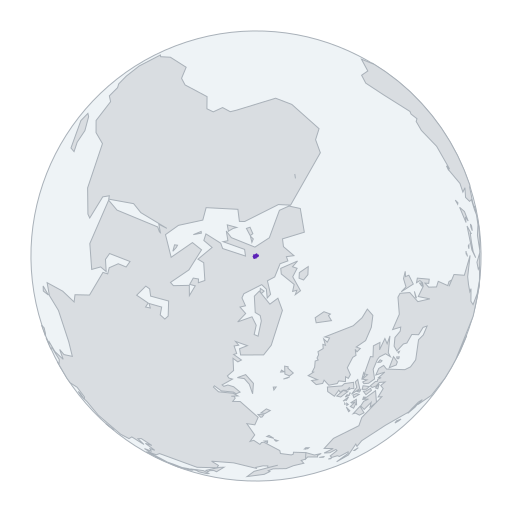 Graubünden highlighted on a globe, orthographic projection, rotated 162°
{"feature_id": "CHE-170", "entity_name": "Graubünden", "entity_type": "Canton", "adm_level": 1, "iso_a3": "CHE", "parent_name": "Switzerland", "parent_adm1": "", "projection": "orthographic", "projection_center": [9.485, 46.618], "detail": "fine", "context": "on_globe", "style": "filled", "palette": "violet", "viewbox_px": 512, "rotation_deg": 162, "n_neighbors": 0, "source": "natural_earth", "source_scale": "10m", "svg_char_len": 11451}
<svg xmlns="http://www.w3.org/2000/svg" viewBox="0 0 512 512"><g transform="rotate(162 256 256)"><circle cx="256" cy="256" r="225" fill="#eef3f6" stroke="#a8b0b8"/><path d="M67.3,132.9L68.5,131.1L97.8,96.1L80.2,115.1L91.6,102.0L91.3,102.3L104.8,89.4L114.2,81.3L132.2,69.3L148.3,64.6L142.2,68.0L146.7,66.9L154.7,62.8L158.8,60.5L185.3,55.0L212.5,47.7L218.8,43.7L219.2,46.3L229.6,38.2L242.9,35.4L229.3,39.8L228.9,41.3L238.6,39.6L240.3,40.9L246.0,41.0L247.2,42.9L239.1,45.9L239.8,47.3L246.6,46.1L252.1,47.6L242.0,49.0L250.6,51.9L238.7,58.6L210.6,62.8L205.3,69.7L179.8,83.3L183.4,84.2L176.0,90.6L177.4,94.3L172.2,96.3L177.8,97.6L182.2,95.2L186.2,95.1L187.4,97.2L181.1,99.8L179.5,99.2L178.3,101.1L174.6,101.6L177.1,102.5L169.3,105.8L178.8,105.8L174.0,111.1L168.4,112.5L166.8,108.1L149.6,101.9L143.3,102.8L136.2,107.9L127.3,126.1L121.3,129.2L114.9,136.5L119.1,136.5L125.7,130.9L132.1,133.2L139.4,126.6L143.0,126.8L151.4,122.2L152.5,127.6L149.0,135.6L142.1,139.9L140.3,143.7L148.8,143.8L137.7,156.3L133.7,173.0L130.5,176.0L121.0,173.7L116.2,162.6L103.9,161.5L114.2,167.3L106.3,175.5L105.9,179.2L107.7,182.0L111.6,181.0L109.4,185.1L98.4,180.4L100.2,176.6L103.7,178.0L101.4,173.0L93.9,170.8L90.5,175.6L82.8,168.6L80.3,172.1L77.2,172.8L81.8,167.5L73.4,177.2L63.8,173.3L52.2,190.4L61.1,170.9L62.7,163.2L63.7,155.9L61.6,158.5L65.6,146.5L64.6,142.7L57.3,151.8L50.4,164.9L46.7,176.7L48.7,174.6L47.8,181.8L41.7,190.6L39.0,207.3L35.3,217.0L33.6,227.0L33.9,232.8L33.7,243.1L36.0,242.0L38.6,247.0L36.2,256.4L39.5,252.8L39.6,262.0L46.3,278.6L45.1,279.4L50.3,304.5L59.9,324.3L62.1,334.5L60.5,336.8L64.7,343.1L64.9,345.9L85.0,370.0L98.2,386.5L99.7,395.3L92.5,397.4L94.9,410.6L84.3,401.7L85.9,403.7L75.9,391.3L66.7,378.2L58.5,364.5L51.4,350.2L45.2,335.4L40.1,320.3L36.1,304.8L33.2,289.1L31.4,273.2L30.7,257.3L31.6,255.3L33.3,240.2L33.5,234.7L32.5,235.5L35.0,214.8L38.4,201.1L52.7,158.8L67.3,132.9ZM48.8,195.0L46.0,219.3L44.4,210.9L45.2,211.2L46.6,203.8L48.1,193.1L47.6,186.5L48.8,195.0ZM54.8,193.6L55.0,190.2L55.2,192.9L54.8,193.6ZM160.4,59.4L154.7,62.7L146.8,66.1L151.4,63.1L160.4,59.4ZM175.5,54.2L173.3,55.8L168.4,56.1L171.2,55.1L175.5,54.2ZM222.9,40.8L217.9,42.1L222.2,40.5L222.9,40.8ZM246.6,40.8L247.4,40.1L250.0,40.5L246.6,40.8ZM150.3,119.6L150.8,120.8L149.0,121.0L150.3,119.6ZM153.4,116.5L150.9,115.8L152.0,114.2L153.5,114.7L153.4,116.5ZM254.2,43.8L258.1,44.9L252.8,44.2L254.2,43.8ZM156.3,117.8L154.3,111.6L156.3,109.0L163.8,108.6L156.3,117.8ZM259.5,45.8L269.0,48.9L271.7,47.5L269.3,53.6L262.0,48.7L255.0,48.0L259.3,47.2L259.5,45.8ZM183.1,93.6L178.4,96.2L181.2,92.1L183.1,93.6ZM183.9,91.0L186.7,79.5L194.2,77.0L191.7,81.2L200.5,76.7L202.8,81.0L198.5,84.5L193.2,85.2L198.1,86.4L183.9,91.0ZM266.5,56.7L267.6,58.1L264.9,57.3L266.5,56.7ZM187.9,94.7L187.8,92.5L194.3,90.1L195.7,94.2L193.2,93.6L187.9,94.7ZM201.7,73.5L206.8,72.7L210.0,75.9L212.4,76.0L203.5,80.9L201.7,73.5ZM192.3,95.2L196.2,96.3L194.3,99.5L188.5,96.8L192.3,95.2ZM195.4,87.8L198.6,86.9L197.3,88.7L195.4,87.8ZM189.7,111.8L189.4,108.8L192.7,107.2L189.7,111.8ZM197.8,96.6L198.5,95.5L199.8,94.6L201.9,96.0L197.8,96.6ZM206.4,83.0L206.7,84.7L210.2,81.1L212.8,83.7L206.4,86.6L210.2,86.4L211.0,87.2L204.9,88.7L206.4,83.0ZM207.9,95.0L200.7,100.0L200.4,105.6L197.4,107.1L198.3,97.8L207.9,95.0ZM206.7,91.1L206.8,93.8L203.0,94.1L200.6,92.5L206.7,91.1ZM216.8,84.4L214.6,79.8L216.0,79.3L216.8,84.4ZM208.6,96.5L210.3,95.3L209.0,96.8L208.6,96.5ZM215.2,88.0L214.1,86.3L215.9,85.8L215.2,88.0ZM214.7,94.3L212.3,95.9L210.6,94.8L214.7,94.3ZM215.5,91.4L218.1,91.1L211.4,93.4L214.8,90.7L215.5,91.4ZM216.9,87.8L217.6,87.0L217.1,88.6L216.9,87.8ZM222.5,97.9L214.5,101.1L210.7,98.6L219.0,95.7L222.5,97.9ZM480.9,242.1L480.9,243.1L479.8,236.9L479.2,238.3L476.8,227.3L471.3,217.3L471.6,227.8L469.1,221.6L461.7,217.3L460.6,232.3L460.7,265.3L464.7,282.3L462.9,295.2L450.7,282.3L443.2,268.5L440.1,275.1L426.4,270.3L406.6,287.7L402.6,284.8L399.2,290.2L389.4,291.2L382.9,285.7L377.5,289.7L394.5,303.6L400.2,299.3L403.3,287.5L407.1,293.6L416.4,294.0L410.2,319.2L378.9,354.6L374.0,342.6L340.5,314.0L340.4,309.0L340.2,308.5L339.7,307.7L338.6,316.2L332.2,309.8L352.1,332.8L356.2,343.6L378.5,355.6L376.9,358.6L383.5,359.6L402.4,343.5L402.9,347.8L395.1,372.8L367.3,410.3L370.0,422.8L366.2,434.3L346.6,447.7L346.0,453.6L335.6,458.9L333.4,462.1L323.7,467.2L308.4,472.8L284.8,476.7L285.1,475.0L276.0,471.5L264.1,457.1L271.9,448.0L270.6,440.6L253.3,422.7L257.2,411.2L252.1,406.3L241.9,407.5L235.9,401.2L229.5,400.7L188.6,400.0L175.1,389.1L156.7,357.6L163.4,348.2L162.9,334.3L207.4,293.7L218.8,298.0L256.1,292.3L261.1,294.0L258.8,306.0L288.5,317.4L295.5,306.6L320.3,309.1L335.5,304.3L337.1,281.0L312.3,288.4L305.9,278.7L324.1,263.5L345.5,257.3L343.7,253.3L328.5,248.7L331.6,238.9L323.0,246.4L327.8,249.5L322.5,254.4L317.8,251.9L319.1,248.4L312.2,248.5L307.8,265.8L312.2,270.9L295.1,277.7L300.8,286.9L296.8,292.5L285.6,279.1L285.4,273.4L266.0,259.2L264.8,265.8L282.9,279.8L278.0,279.2L276.5,289.0L273.8,281.1L254.3,264.8L237.7,269.2L219.6,292.2L209.2,293.3L199.2,287.5L202.7,263.7L225.5,264.1L227.0,256.4L219.8,244.6L227.3,246.0L227.2,241.5L235.5,241.2L244.7,230.3L252.8,228.9L254.0,215.0L258.3,212.6L256.4,221.3L259.4,227.0L279.2,223.9L282.3,220.5L281.4,211.9L287.0,212.4L283.6,204.5L293.8,199.0L278.6,199.4L277.2,190.1L282.0,181.9L278.8,179.1L271.0,192.6L270.4,198.1L274.2,202.5L270.0,218.3L263.7,221.6L257.7,205.9L248.2,209.1L247.7,196.1L269.1,166.4L279.3,159.6L301.2,166.6L300.3,172.9L291.9,173.4L301.9,181.1L300.0,176.5L304.6,177.2L304.5,169.2L307.7,169.3L302.0,161.6L306.0,160.9L309.5,165.8L312.7,154.0L320.3,150.8L319.4,148.2L316.4,146.2L328.1,143.9L326.9,142.0L322.6,142.0L317.6,138.5L313.2,131.5L317.5,131.1L319.6,133.6L330.6,138.4L335.7,145.4L337.0,144.5L333.6,138.4L320.2,132.5L316.4,128.5L322.9,130.3L320.2,129.3L319.7,127.2L323.1,124.9L316.0,122.5L303.8,101.9L309.3,95.8L316.5,99.4L312.5,86.2L319.0,81.5L315.1,81.4L310.5,75.6L308.4,76.9L306.1,76.5L293.5,63.6L293.8,60.6L283.9,55.9L281.8,56.0L281.0,57.8L269.3,53.6L271.7,47.5L276.2,47.6L274.6,44.1L285.1,45.0L293.1,44.5L305.5,48.3L310.7,48.0L309.4,46.7L315.6,45.8L332.6,49.0L324.3,51.8L299.9,50.3L310.3,51.1L309.6,52.7L314.3,54.3L321.5,55.0L321.3,53.9L341.2,66.2L361.7,74.6L356.4,68.4L358.7,66.7L377.4,73.3L408.8,97.9L412.3,97.8L416.3,100.9L421.6,107.3L416.0,102.9L416.4,105.6L412.3,102.5L419.1,112.0L413.6,108.0L421.5,117.8L424.7,118.7L420.8,111.4L430.0,122.3L433.2,121.6L439.8,128.3L455.2,153.4L461.7,169.7L463.4,173.0L462.7,174.9L466.7,186.5L471.9,192.8L473.5,197.7L477.7,216.9L476.9,213.6L475.1,218.4L478.4,231.9L479.8,231.2L480.2,234.4L480.9,242.1ZM194.5,317.6L193.8,321.9L193.8,322.0L194.5,317.6ZM370.1,261.4L381.6,255.6L373.1,244.6L376.8,241.6L372.6,239.2L372.4,243.9L361.5,236.6L365.3,229.6L362.2,224.2L358.1,226.0L353.0,240.2L368.6,250.4L367.3,257.6L370.1,261.4ZM46.5,279.0L47.0,282.9L45.7,280.2L46.5,279.0ZM42.5,213.2L42.7,217.0L42.2,220.2L41.7,218.0L42.5,213.2ZM48.2,242.9L49.2,247.6L47.5,244.2L48.2,242.9ZM45.9,222.9L47.3,239.4L44.0,233.9L43.4,223.7L44.7,228.5L45.9,222.9ZM51.3,197.1L51.0,200.0L50.0,200.9L51.3,197.1ZM54.9,195.7L54.8,195.0L55.6,192.6L54.9,195.7ZM106.9,175.8L107.7,176.3L108.8,179.7L106.8,179.2L106.9,175.8ZM122.7,188.9L118.8,195.3L120.2,190.2L116.6,190.5L115.1,180.7L128.9,177.1L122.9,180.3L122.7,188.9ZM116.9,167.2L116.3,173.4L116.4,166.8L116.9,167.2ZM218.2,218.5L221.9,221.6L219.9,226.8L209.6,229.8L212.4,222.2L218.2,218.5ZM227.5,224.9L224.4,209.2L230.6,207.1L227.7,210.8L232.1,211.0L228.5,217.2L237.5,231.1L236.3,236.6L218.0,238.4L224.6,234.5L220.7,231.6L227.5,224.9ZM205.5,176.9L204.2,171.2L219.4,173.9L218.8,179.0L208.6,182.0L203.2,177.8L205.5,176.9ZM170.0,118.9L168.5,117.4L170.2,116.5L172.9,117.1L170.0,118.9ZM189.3,110.5L178.2,125.0L175.9,123.9L172.1,134.3L164.8,135.5L167.5,128.6L158.9,137.7L158.4,132.0L153.3,138.6L160.1,123.1L159.3,118.7L163.0,123.0L169.8,121.9L172.5,120.1L179.6,112.0L181.2,102.4L188.2,100.2L192.8,101.2L193.4,103.2L188.7,103.9L193.0,106.0L186.6,108.6L189.3,110.5ZM241.6,120.4L235.8,119.4L243.4,126.1L237.1,127.8L238.3,128.5L234.6,132.1L232.2,137.8L229.0,137.9L229.5,140.1L227.0,142.7L226.6,145.9L220.7,147.2L219.7,151.3L217.5,149.6L217.3,156.3L214.8,152.0L211.4,155.3L215.6,157.8L185.1,159.6L174.2,164.5L166.5,171.1L163.2,163.4L168.4,152.5L177.9,141.7L188.8,138.5L185.4,135.8L189.6,133.6L190.5,136.6L191.6,130.6L195.3,129.7L203.7,121.5L202.9,114.0L206.0,111.1L208.2,113.5L209.7,108.9L215.9,111.6L218.2,109.6L226.7,110.6L229.6,116.9L232.0,114.2L238.5,115.1L241.6,120.4ZM224.8,98.4L229.7,104.9L228.6,109.3L214.3,105.9L211.4,107.3L202.2,105.7L203.9,99.6L206.4,100.5L209.2,100.1L207.5,102.2L211.0,100.2L214.5,101.5L218.1,100.4L218.7,102.8L224.8,98.4ZM265.5,289.1L269.2,289.3L274.6,288.1L273.7,294.5L265.5,289.1ZM252.1,278.2L255.2,277.2L256.6,285.2L252.8,285.2L252.1,278.2ZM255.7,270.2L255.2,276.6L253.3,273.1L255.7,270.2ZM259.1,220.1L262.3,218.7L263.1,220.6L261.9,223.8L259.1,220.1ZM262.8,142.4L259.7,140.7L260.3,139.4L256.7,133.2L261.1,131.6L265.0,134.8L262.8,142.4ZM333.6,286.2L330.0,291.8L327.3,290.5L329.1,288.8L333.6,286.2ZM300.9,294.6L309.0,295.7L300.6,296.3L300.9,294.6ZM267.0,139.6L265.0,137.2L268.5,138.0L267.0,139.6ZM264.1,130.2L268.0,130.5L261.2,130.7L264.1,130.2ZM398.6,415.9L380.7,438.9L371.8,443.6L372.1,440.3L380.0,428.1L390.9,419.5L396.8,411.5L398.6,415.9ZM481.3,256.5L479.7,253.1L480.2,247.5L481.0,244.8L481.3,256.5ZM465.5,283.0L469.1,288.4L467.7,293.3L465.5,283.0ZM465.6,177.2L466.9,182.1L465.8,180.1L463.5,172.7L465.6,177.2ZM444.8,134.4L449.0,140.3L450.7,143.0L449.3,141.3L444.8,134.4ZM301.8,126.0L302.0,136.1L305.0,143.0L311.3,146.1L302.5,146.4L297.8,135.7L301.8,126.0ZM303.1,104.7L297.6,102.6L299.9,101.0L301.4,101.2L303.1,104.7ZM299.9,105.2L293.4,107.4L290.2,104.6L296.0,103.4L299.9,105.2ZM280.4,123.0L280.1,126.0L277.3,125.2L280.4,123.0ZM414.0,96.3L411.7,94.6L408.4,91.1L410.9,93.2L414.0,96.3ZM395.5,79.5L406.8,89.7L415.5,98.7L415.0,97.7L421.1,103.6L419.2,102.8L409.7,93.4L404.0,87.4L398.7,83.4L391.7,77.7L386.3,74.8L381.9,71.7L385.0,72.7L395.5,79.5ZM384.2,73.8L372.3,68.1L368.2,63.8L369.8,64.1L377.0,68.4L378.8,70.4L384.2,73.8ZM368.3,65.6L369.8,67.6L355.7,66.2L351.7,65.0L360.2,63.0L362.2,64.9L366.4,66.2L368.3,65.6ZM269.6,57.5L267.8,58.0L268.2,56.8L269.6,57.5ZM305.1,77.4L302.1,76.6L302.7,74.9L305.1,77.4ZM294.2,73.6L295.6,76.0L292.3,73.6L294.2,73.6ZM299.1,81.4L295.3,77.0L301.5,81.0L299.1,81.4Z" fill="#d9dde1" stroke="#a8b0b8" stroke-width="1"/><path d="M255.3,257.5L255.2,257.6L254.9,257.6L254.9,257.4L254.9,257.2L254.9,256.9L254.9,256.7L254.8,256.4L254.7,256.4L254.7,256.2L254.8,256.2L254.7,256.0L254.6,255.9L254.5,256.0L254.4,256.0L254.1,256.2L253.9,256.2L253.8,255.9L253.8,255.7L254.0,255.6L254.2,255.4L254.3,255.3L254.3,255.2L254.5,255.2L254.5,255.3L254.6,255.2L254.8,255.1L255.0,255.0L255.2,254.9L255.3,254.9L255.8,254.9L255.9,255.0L255.9,254.9L256.0,254.9L256.0,254.7L256.0,254.4L256.0,254.2L256.0,254.3L256.3,254.3L256.5,254.3L257.0,254.4L257.0,254.5L257.0,254.8L257.4,254.9L257.5,255.0L257.8,255.1L258.0,255.0L258.0,254.9L258.2,254.7L258.3,254.5L258.5,254.6L258.6,254.8L258.6,255.0L258.5,255.3L258.5,255.5L258.4,255.7L258.4,255.8L258.5,255.9L258.6,256.0L258.6,256.3L258.4,256.3L258.2,256.3L258.2,256.2L257.9,256.0L257.7,256.0L257.5,256.3L257.5,256.5L257.6,256.8L257.8,256.8L257.7,257.0L257.8,257.3L257.8,257.5L257.7,257.5L257.5,257.4L257.4,257.3L257.3,257.2L257.2,257.0L256.8,257.1L256.7,257.1L256.6,257.3L256.2,257.3L256.1,257.2L255.9,257.0L255.9,256.9L255.9,256.5L255.7,256.6L255.4,256.5L255.4,256.8L255.4,257.1L255.3,257.4L255.3,257.5Z" fill="#8b5cf6" stroke="#5b21b6" stroke-width="1.5"/></g></svg>